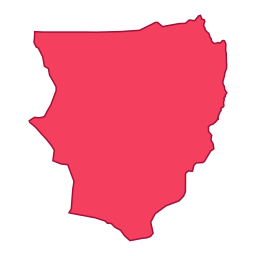 outline of Lom-Et-Djerem, Est, Cameroon
{"feature_id": "32672807B76674513300734", "entity_name": "Lom-Et-Djerem", "entity_type": "district", "adm_level": 2, "iso_a3": "CMR", "parent_name": "Cameroon", "parent_adm1": "Est", "projection": "natural_earth1", "projection_center": [14.12, 5.232], "detail": "fine", "context": "isolated", "style": "filled", "palette": "rose", "viewbox_px": 256, "rotation_deg": 0, "n_neighbors": 0, "source": "geoboundaries", "source_scale": "gbopen_adm2", "svg_char_len": 2205}
<svg xmlns="http://www.w3.org/2000/svg" viewBox="0 0 256 256"><path d="M34.7,31.7L34.5,37.3L34.0,42.4L36.1,46.9L38.4,48.2L42.7,56.7L44.4,66.2L48.4,68.6L49.6,75.1L54.1,83.0L56.1,86.8L56.1,90.8L50.8,105.0L47.2,111.2L44.4,116.6L39.7,117.8L34.4,117.4L29.2,120.8L29.9,122.5L35.2,126.8L42.2,134.7L46.4,139.2L51.7,145.9L54.3,150.2L53.7,154.7L52.9,160.7L60.9,163.9L67.8,164.7L74.0,181.3L73.0,188.0L72.8,189.0L71.3,208.9L69.0,212.8L79.9,214.9L95.4,217.8L103.6,220.5L105.6,221.3L107.3,223.2L111.3,223.5L114.8,227.1L120.6,230.3L124.7,235.9L130.0,240.6L135.3,239.6L142.3,238.3L146.7,237.8L150.5,236.4L153.1,233.2L150.7,222.1L155.2,213.7L166.0,205.8L179.1,200.8L183.6,196.0L185.4,191.8L185.5,180.0L185.5,173.9L186.2,172.7L188.1,171.0L192.5,171.2L193.9,165.2L196.4,162.9L202.7,162.6L204.6,161.2L208.5,154.6L210.7,151.0L213.8,148.9L213.2,144.2L210.9,139.7L211.7,135.3L208.6,131.5L208.4,126.7L210.5,124.9L212.9,124.2L215.3,122.1L215.5,122.1L215.7,121.9L216.2,121.0L216.5,120.9L217.0,120.0L218.1,119.5L218.3,119.1L218.3,118.8L217.7,118.4L217.8,117.8L218.3,117.2L218.4,116.1L218.7,115.0L220.2,111.7L221.0,110.7L221.1,109.2L220.8,108.6L221.0,108.3L221.4,108.1L221.6,108.0L222.1,107.4L222.9,107.2L223.6,106.6L223.9,105.6L223.6,102.9L223.6,102.2L224.2,99.9L224.2,99.1L223.9,98.3L224.1,97.7L224.5,97.6L225.0,97.0L225.5,95.7L225.4,94.7L225.5,94.6L226.8,93.1L226.8,92.6L225.4,90.8L224.7,89.1L224.4,87.0L224.1,85.9L223.1,84.3L222.9,82.8L222.9,81.3L223.1,80.5L223.6,79.1L223.7,78.2L224.1,77.0L224.6,75.7L224.6,74.1L225.4,71.2L226.5,68.7L226.7,64.9L226.4,61.5L226.4,61.1L226.3,53.6L225.6,50.0L225.7,48.0L225.8,45.6L225.9,44.9L225.7,43.6L224.5,40.9L223.4,40.5L222.4,40.6L220.8,42.4L220.2,42.9L219.5,43.3L218.5,42.5L215.5,43.4L214.0,43.3L213.6,42.9L213.1,42.8L212.5,42.0L211.7,41.3L211.4,40.4L211.3,38.7L210.8,38.2L210.7,38.1L210.4,37.8L209.9,36.9L209.3,34.4L208.7,33.3L206.9,31.8L205.4,30.1L204.8,27.8L203.9,26.4L203.7,25.5L203.7,25.0L204.1,23.1L204.3,22.8L204.8,21.3L204.3,20.0L204.3,19.8L202.0,19.2L200.5,15.4L198.6,15.9L194.7,20.7L189.2,20.0L185.5,23.3L179.1,23.6L162.5,26.6L157.6,22.4L155.5,22.4L149.3,25.5L139.6,30.3L120.9,31.6L96.4,32.2L86.7,32.1L43.8,32.1L34.7,31.7Z" fill="#f43f5e" stroke="#9f1239" stroke-width="1.5"/></svg>